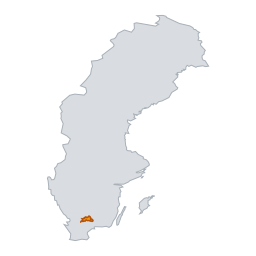 Älmhult, Kronoberg, Sweden shown in context
{"feature_id": "70781695B11327054975431", "entity_name": "Älmhult", "entity_type": "district", "adm_level": 2, "iso_a3": "SWE", "parent_name": "Sweden", "parent_adm1": "Kronoberg", "projection": "robinson", "projection_center": [14.182, 56.617], "detail": "fine", "context": "in_parent", "style": "filled", "palette": "amber", "viewbox_px": 256, "rotation_deg": 0, "n_neighbors": 0, "source": "geoboundaries", "source_scale": "gbopen_adm2", "svg_char_len": 4773}
<svg xmlns="http://www.w3.org/2000/svg" viewBox="0 0 256 256"><path d="M50.5,177.7L51.6,179.8L53.8,179.6L54.8,178.0L55.9,173.3L54.5,168.2L56.5,166.4L57.8,163.6L60.9,162.7L65.1,159.5L65.5,156.2L66.5,153.8L63.0,146.5L62.8,144.7L68.1,143.8L70.4,139.0L66.8,135.8L61.2,132.9L63.2,123.6L60.9,118.5L61.3,116.4L60.9,113.1L62.3,111.8L59.7,107.0L62.4,103.7L61.9,102.0L69.7,95.3L74.8,94.1L84.2,95.1L86.5,92.5L86.6,91.1L85.7,87.7L80.4,85.8L86.2,79.8L90.6,74.1L91.5,68.7L92.5,66.4L91.4,61.1L97.4,60.5L102.8,58.3L102.0,55.4L113.7,46.5L114.1,45.0L113.1,43.4L110.3,40.7L111.1,39.5L114.2,38.7L115.7,37.5L118.0,33.3L124.4,30.0L131.5,32.2L134.4,28.5L134.1,23.4L136.6,22.8L155.6,26.1L158.7,24.2L155.5,23.1L158.6,21.1L159.4,19.8L159.7,18.3L159.5,17.5L156.8,15.6L162.8,15.4L166.0,16.3L166.4,17.4L179.5,23.5L189.8,25.9L192.8,27.6L194.0,29.5L195.6,29.6L197.6,31.4L199.6,32.4L198.1,33.6L198.3,36.5L198.9,37.7L198.0,40.2L201.4,40.8L202.0,42.2L200.4,43.7L200.7,45.4L205.3,50.4L204.3,52.0L204.1,54.1L202.2,55.6L202.0,57.1L202.5,59.2L203.2,60.1L205.2,60.8L208.6,66.2L205.4,66.6L202.9,65.8L197.3,66.5L195.9,67.3L191.4,65.2L188.9,66.4L187.2,65.3L185.9,67.1L185.7,69.5L183.6,69.3L184.4,70.2L181.6,70.5L181.5,70.9L182.1,71.5L181.3,72.2L177.4,72.5L177.0,73.2L178.1,74.2L178.1,74.8L175.6,73.9L177.4,75.6L177.8,76.9L172.7,82.0L174.6,83.4L176.1,86.4L177.8,87.7L177.2,89.1L171.8,92.4L168.9,97.5L162.1,100.9L158.5,101.8L156.2,104.2L153.4,103.4L153.4,104.8L151.6,104.0L150.2,106.1L147.8,107.9L145.0,107.6L144.7,107.9L145.6,108.4L142.4,108.9L141.6,110.8L139.2,111.3L138.9,111.9L141.2,112.0L140.8,113.5L138.1,114.3L137.2,115.3L136.0,115.3L136.2,114.5L134.4,114.6L133.8,113.7L133.5,113.9L134.7,116.4L133.9,117.4L135.6,118.4L130.7,120.9L127.7,119.9L127.3,120.7L128.0,122.8L130.7,124.4L129.1,125.5L127.5,130.5L128.8,133.5L125.3,132.8L125.6,133.9L124.5,135.3L125.0,137.2L124.7,138.5L125.5,139.6L125.1,140.2L125.7,145.6L126.7,147.9L126.4,149.7L127.8,150.7L130.8,150.9L131.7,152.4L135.5,151.5L138.3,154.5L143.4,157.1L143.2,158.7L146.5,159.9L148.5,162.2L149.3,164.2L149.1,165.4L144.1,168.6L140.2,170.8L136.2,172.2L136.4,172.7L138.4,172.9L143.3,171.3L144.7,172.7L142.1,173.3L141.6,175.2L140.5,176.4L129.8,180.7L128.4,182.0L123.6,184.2L114.9,184.0L113.6,184.5L121.1,185.4L122.9,187.0L119.4,187.9L121.0,191.7L120.1,192.6L120.1,196.8L118.8,196.8L118.3,198.6L119.0,202.7L119.7,203.9L119.4,205.1L117.4,207.9L118.1,211.3L115.8,217.4L113.3,220.9L111.3,225.7L109.0,227.4L106.3,226.3L102.3,226.9L95.0,226.7L94.1,227.2L94.7,228.9L92.0,228.7L87.4,232.3L87.3,234.1L89.1,237.5L86.9,239.8L81.9,239.2L75.4,240.6L69.5,239.5L70.3,238.3L70.8,233.8L64.1,224.5L67.2,225.5L68.5,225.0L66.6,222.0L69.3,221.8L70.1,220.7L69.7,218.9L67.5,218.2L65.6,215.4L63.6,214.0L60.1,208.6L58.8,204.8L57.6,205.2L56.6,200.8L54.7,200.2L54.3,195.8L52.3,195.3L51.0,193.3L50.9,189.6L48.5,189.1L48.8,187.2L48.1,180.6L47.4,178.5L48.0,177.0L49.3,176.8L50.5,177.7ZM151.5,198.2L150.5,198.6L149.9,199.8L148.1,200.4L148.0,204.2L149.6,205.6L148.0,206.3L146.9,208.3L144.0,209.6L142.8,210.9L142.2,212.8L139.7,213.8L141.5,211.0L139.0,207.8L139.6,206.6L139.3,202.9L144.4,198.3L146.8,197.7L148.0,198.2L148.4,197.1L149.2,196.8L151.5,198.2ZM118.4,224.5L117.1,225.3L116.7,224.2L116.7,219.8L119.6,214.5L120.8,214.1L124.3,207.0L124.7,206.5L125.9,207.0L125.0,207.6L125.1,208.9L122.9,212.7L122.3,215.1L121.5,215.7L118.4,224.5ZM152.5,196.7L152.3,197.7L151.0,196.9L152.2,195.7L154.8,196.0L152.5,196.7ZM145.6,169.2L144.0,170.8L143.7,170.1L144.0,169.3L145.6,169.2ZM142.2,177.8L141.4,177.9L142.0,176.8L143.1,176.5L142.2,177.8Z" fill="#d9dde1" stroke="#a8b0b8" stroke-width="1"/><path d="M91.8,221.3L92.1,221.3L92.5,221.3L92.8,221.0L93.0,220.8L92.9,220.7L92.7,220.4L92.7,219.9L92.6,219.7L92.4,219.5L92.3,219.4L92.1,219.3L91.8,219.3L91.7,219.2L91.1,219.1L90.8,219.1L90.6,219.3L90.6,219.1L90.6,218.8L90.6,218.4L90.8,218.1L90.5,217.9L90.3,217.6L90.3,217.2L90.2,216.9L90.0,216.7L89.7,216.4L89.4,216.2L89.0,216.1L88.9,216.1L88.8,216.4L88.5,216.5L88.4,216.7L88.1,216.8L88.0,217.0L87.9,217.1L87.7,217.4L87.5,217.5L87.1,217.6L86.6,217.6L86.2,217.4L86.0,216.9L85.9,216.9L85.7,216.9L85.4,217.1L85.2,217.3L84.9,217.4L84.7,217.5L84.7,217.8L84.7,218.0L84.5,218.4L84.2,218.3L84.0,218.2L83.7,218.2L83.6,218.4L83.3,218.7L82.6,218.7L82.2,218.7L82.3,218.8L82.3,219.0L82.3,219.4L82.5,219.7L82.7,219.9L82.7,220.2L82.6,220.4L82.4,220.6L82.1,220.6L81.9,220.7L81.9,220.8L81.8,221.0L81.7,221.2L81.4,221.2L81.1,221.4L80.9,221.4L80.8,221.7L80.8,221.8L81.1,221.6L81.5,221.5L82.1,221.4L82.8,221.4L83.3,221.4L83.7,221.2L84.4,221.1L84.7,221.1L85.2,221.1L85.4,220.9L85.5,220.6L85.7,220.2L86.0,220.0L86.2,219.9L86.5,220.1L86.7,220.3L87.0,220.4L87.3,220.6L87.8,220.6L88.3,220.5L88.6,220.5L89.1,220.6L89.6,220.8L90.1,220.9L90.3,221.1L91.1,221.1L91.5,221.1L91.8,221.3Z" fill="#f59e0b" stroke="#b45309" stroke-width="1.5"/></svg>